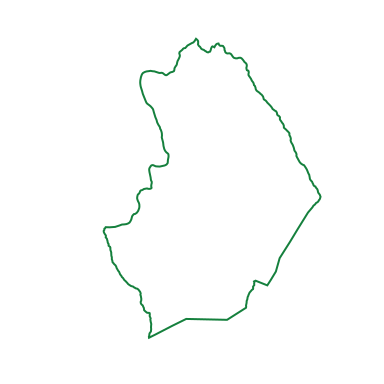 Juazeiro, Bahia, Brazil (Robinson projection), rotated 327°
{"feature_id": "56859067B49115831808668", "entity_name": "Juazeiro", "entity_type": "district", "adm_level": 2, "iso_a3": "BRA", "parent_name": "Brazil", "parent_adm1": "Bahia", "projection": "robinson", "projection_center": [-40.259, -9.513], "detail": "fine", "context": "isolated", "style": "outline", "palette": "green", "viewbox_px": 384, "rotation_deg": 327, "n_neighbors": 0, "source": "geoboundaries", "source_scale": "gbopen_adm2", "svg_char_len": 5951}
<svg xmlns="http://www.w3.org/2000/svg" viewBox="0 0 384 384"><g transform="rotate(327 192 192)"><path d="M223.2,67.8L222.0,67.3L219.5,66.1L217.6,65.6L215.7,65.5L214.7,65.8L213.6,66.4L211.7,67.9L209.6,70.1L209.1,70.7L208.1,72.1L207.5,73.2L206.6,75.1L206.1,76.6L205.1,80.2L204.2,82.9L203.6,85.9L202.6,91.0L202.4,92.4L202.6,93.7L203.5,96.1L204.0,97.7L204.4,100.6L204.3,101.7L203.4,104.5L202.0,109.4L201.5,112.3L200.8,114.3L200.6,115.4L200.4,117.5L200.4,119.9L199.7,121.9L199.7,123.0L199.1,125.3L198.6,126.5L197.5,128.4L196.4,129.7L194.7,134.8L193.2,137.8L192.2,140.7L192.0,141.9L191.9,142.9L192.1,144.8L192.6,146.2L192.8,147.2L192.5,148.1L191.5,149.7L189.1,152.2L188.0,153.7L187.3,154.5L186.4,154.8L185.5,155.1L183.6,154.9L178.8,153.1L176.2,151.2L175.5,150.6L174.1,148.4L173.3,147.8L172.3,147.6L171.3,147.9L169.2,148.9L168.5,149.6L168.0,150.4L167.2,152.1L165.2,157.3L164.4,158.9L164.0,159.9L163.8,161.5L163.1,162.6L162.3,163.3L161.0,164.8L160.6,165.8L160.3,166.5L159.5,166.7L158.6,166.5L157.8,166.1L156.8,165.3L156.3,164.6L155.5,164.2L153.3,163.3L152.0,163.3L151.1,163.2L149.8,162.8L149.1,163.0L148.0,163.8L147.3,164.2L146.6,164.5L145.4,164.6L144.7,165.0L143.2,166.5L142.4,167.7L141.8,169.8L141.5,172.3L141.1,173.6L140.7,174.3L140.2,175.2L139.7,175.9L138.9,176.8L136.6,178.5L134.8,179.2L134.1,179.4L132.4,179.4L131.2,178.9L129.6,179.3L128.5,179.8L126.1,182.0L124.2,183.1L122.9,183.6L121.4,183.6L119.5,183.2L117.4,182.2L116.2,181.5L115.4,181.1L113.0,180.6L108.5,179.4L103.6,176.7L101.9,175.5L100.4,174.5L99.6,175.0L98.6,175.0L97.9,176.0L96.9,176.4L96.3,177.3L96.1,178.3L96.0,179.3L96.0,180.5L96.1,181.5L95.6,182.3L94.9,183.1L95.1,184.1L95.1,185.2L94.7,186.1L94.5,187.0L94.0,188.0L93.7,189.0L93.7,190.3L93.2,190.9L92.8,191.7L93.4,193.4L93.1,194.5L92.6,195.1L91.9,196.5L91.7,197.5L91.3,198.8L90.7,199.7L89.6,201.7L89.3,202.9L88.7,203.9L88.1,204.8L87.9,205.9L87.1,207.8L87.4,209.0L87.4,209.9L87.6,210.7L87.9,211.9L87.8,213.3L87.4,214.6L87.3,216.1L87.2,218.2L87.4,219.1L86.9,221.7L86.9,222.6L87.1,223.7L86.9,225.0L87.3,226.6L87.3,229.1L87.7,230.3L88.2,233.2L88.3,234.4L88.7,235.5L89.1,236.3L89.4,237.2L89.9,237.9L91.2,239.4L91.5,240.6L92.0,241.3L92.2,242.0L93.5,243.4L93.9,244.7L94.0,246.0L94.1,247.5L93.9,248.5L93.6,249.3L92.7,250.1L92.5,251.2L91.4,253.8L90.8,254.7L90.2,255.5L89.2,256.1L88.6,257.1L88.4,258.2L88.5,259.1L88.9,260.3L88.6,261.7L88.5,262.9L87.5,265.1L87.9,266.8L88.5,268.7L89.4,269.5L90.1,269.9L90.5,270.6L90.1,271.4L89.7,272.0L89.2,272.6L88.8,273.4L88.7,274.5L88.4,275.6L87.8,276.0L87.3,277.0L86.6,278.6L86.3,279.5L85.9,280.6L85.3,281.3L83.9,283.2L83.0,284.9L82.5,285.4L81.8,286.4L80.7,287.0L79.7,287.3L78.9,287.9L78.1,289.0L77.0,289.9L76.6,290.8L83.6,291.6L102.8,293.5L118.0,295.3L151.8,318.3L174.2,318.5L174.9,317.8L175.5,316.6L177.5,314.6L177.9,313.9L178.4,313.4L178.9,312.8L179.7,312.4L181.1,310.8L181.9,310.1L182.6,309.8L183.2,309.2L184.8,308.2L185.5,307.7L187.4,307.2L188.2,306.9L189.2,306.7L190.2,306.7L191.0,305.9L191.5,304.8L192.4,304.3L193.5,304.0L194.4,302.4L195.2,301.7L195.3,300.8L197.0,301.0L204.3,311.3L210.1,308.7L219.0,304.4L229.5,295.2L247.2,287.1L260.0,280.9L278.1,272.4L284.8,270.4L285.7,269.9L286.5,269.6L287.7,269.5L288.5,269.4L290.0,268.8L291.7,268.9L292.8,268.7L293.9,268.0L294.9,267.8L295.8,267.2L297.2,266.0L297.5,264.7L297.7,263.8L297.6,262.6L297.5,261.5L297.8,260.3L298.2,259.5L298.4,258.7L298.6,257.8L298.3,255.6L298.5,254.6L297.8,253.6L297.6,252.6L297.9,251.6L298.0,250.2L298.3,248.8L298.0,247.3L297.9,245.8L298.2,244.8L298.7,243.8L299.2,242.5L299.7,241.3L299.7,240.0L300.2,237.5L300.5,235.9L300.6,234.5L300.6,233.1L300.6,231.5L300.5,230.4L299.9,229.7L299.4,228.7L299.0,227.8L298.8,226.9L298.6,225.8L298.7,223.9L298.8,222.7L299.0,220.0L299.2,218.6L300.0,217.6L300.3,216.9L300.5,216.1L300.6,215.0L300.5,213.9L300.5,213.0L300.9,211.9L301.3,210.9L301.6,209.8L302.1,207.6L302.2,206.5L302.2,205.5L302.3,204.2L302.5,203.4L302.9,202.2L303.7,201.5L304.1,200.7L304.4,199.7L304.6,198.6L304.6,197.6L305.1,196.6L305.7,195.8L305.6,194.9L305.5,193.9L305.2,192.8L304.8,190.6L304.4,189.3L304.1,188.1L304.7,187.1L305.2,186.2L305.5,184.4L305.3,183.3L305.3,181.0L305.2,179.6L305.4,178.7L306.5,177.2L306.4,176.1L306.2,175.3L305.6,174.3L305.7,173.2L306.1,172.5L306.4,171.5L306.5,170.2L305.6,168.5L305.3,167.4L304.8,166.4L304.9,165.4L304.9,163.9L304.7,162.3L304.4,160.7L303.8,157.9L303.8,156.6L303.5,155.2L303.1,154.4L302.7,153.4L303.2,151.9L303.6,150.6L303.5,149.5L303.4,148.3L302.9,147.0L302.7,145.8L302.2,144.3L301.7,143.2L301.4,142.2L301.4,141.0L301.6,140.1L302.1,139.1L302.3,138.2L302.5,137.2L302.2,136.1L302.7,134.9L303.0,133.6L302.9,132.3L302.8,131.2L303.1,129.4L303.1,128.1L303.1,127.1L303.0,125.9L303.1,124.6L303.9,123.5L304.5,122.9L305.0,122.2L305.3,120.9L304.8,120.4L304.4,119.7L304.7,118.6L305.2,117.5L306.1,116.7L306.9,115.7L307.3,114.8L307.4,113.9L307.2,112.7L306.8,111.6L306.8,110.5L306.7,108.8L306.4,107.0L306.0,106.2L305.5,105.6L304.2,104.9L302.7,104.5L301.7,103.9L300.8,103.0L300.2,102.2L300.0,101.3L299.9,99.8L299.9,97.9L299.6,97.0L299.0,96.1L297.0,95.0L296.4,94.1L296.1,93.0L296.5,91.6L296.6,90.7L297.4,89.3L297.6,88.5L297.5,86.4L296.9,85.8L296.2,85.3L295.5,84.9L295.0,84.2L294.9,83.1L295.1,81.9L293.9,81.4L293.0,81.3L292.1,81.6L291.0,82.0L289.6,82.8L289.0,81.7L288.4,81.0L287.7,81.1L286.8,81.6L286.0,82.2L285.3,82.9L284.4,83.6L283.6,84.1L282.9,83.8L281.8,83.8L281.0,83.2L280.5,82.4L280.2,81.3L279.7,80.6L279.3,79.2L278.6,78.4L278.1,77.6L277.8,76.9L277.8,76.0L277.8,74.6L277.4,73.5L277.3,72.5L277.5,71.3L278.2,70.6L278.8,69.6L279.3,68.8L279.3,67.4L278.8,65.7L276.2,66.9L274.5,67.3L272.8,67.0L268.0,66.7L264.8,67.6L263.4,67.0L262.5,67.0L261.5,67.4L257.8,67.9L256.9,68.7L256.3,70.6L255.9,71.3L255.0,72.1L253.1,73.3L251.1,74.4L249.6,75.8L248.9,76.6L247.7,77.4L246.8,77.6L244.7,78.7L243.6,80.1L242.6,80.8L240.9,80.6L239.9,80.2L238.7,79.9L235.0,80.2L234.2,80.1L233.6,79.7L233.1,78.9L232.2,76.3L231.5,75.5L229.9,74.7L229.1,74.0L226.1,70.3L224.9,69.4L223.2,67.8Z" fill="none" stroke="#15803d" stroke-width="2"/></g></svg>